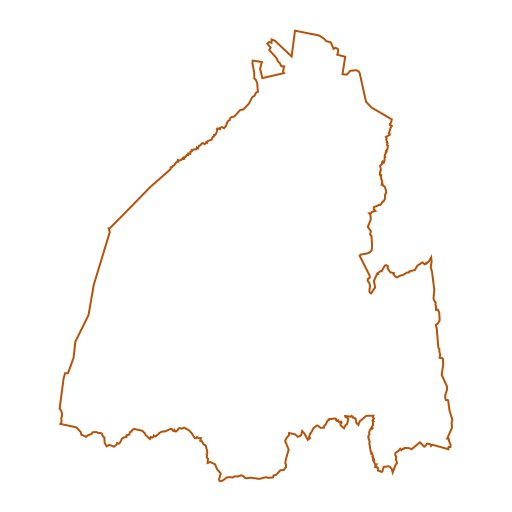 the district of Chalchihuites, Zacatecas, Mexico
{"feature_id": "50627088B3556575576263", "entity_name": "Chalchihuites", "entity_type": "district", "adm_level": 2, "iso_a3": "MEX", "parent_name": "Mexico", "parent_adm1": "Zacatecas", "projection": "equal_earth", "projection_center": [-103.86, 23.443], "detail": "fine", "context": "isolated", "style": "outline", "palette": "amber", "viewbox_px": 512, "rotation_deg": 0, "n_neighbors": 0, "source": "geoboundaries", "source_scale": "gbopen_adm2", "svg_char_len": 6057}
<svg xmlns="http://www.w3.org/2000/svg" viewBox="0 0 512 512"><path d="M60.4,423.9L76.1,427.3L80.6,431.9L81.3,434.6L86.1,436.8L87.8,435.4L91.4,434.0L92.6,432.3L96.2,432.0L97.9,432.9L100.9,433.1L101.8,433.6L103.1,436.6L104.4,437.4L104.6,442.7L106.6,446.3L109.5,444.9L114.1,446.7L116.4,444.8L117.1,443.1L118.5,443.7L119.8,443.0L122.0,438.6L124.2,437.3L126.4,437.1L126.5,435.3L129.1,434.7L130.3,431.7L131.5,431.5L132.2,430.1L134.0,428.9L142.3,430.8L145.0,433.5L145.7,435.2L149.9,439.0L150.8,437.0L152.0,437.6L153.4,437.0L153.9,435.5L155.5,436.4L158.8,433.9L159.4,432.8L162.8,431.4L164.8,431.5L170.6,428.9L171.8,429.0L173.0,430.8L173.8,431.0L174.5,430.0L175.4,431.5L176.3,431.4L179.4,428.0L181.7,428.7L184.1,427.6L189.1,430.4L191.7,433.2L194.8,438.2L195.8,438.3L197.1,437.0L198.5,438.1L201.0,438.2L200.2,440.8L202.1,441.4L203.2,444.0L205.6,445.5L206.4,448.0L207.4,452.6L206.6,454.2L207.1,455.5L206.7,457.0L208.0,458.9L207.6,463.0L210.3,462.0L215.0,464.3L217.1,469.3L220.7,473.4L219.0,479.5L219.3,480.5L220.5,481.3L223.1,480.3L226.5,477.6L229.2,477.1L232.9,477.5L234.5,476.3L237.7,476.5L241.2,475.3L243.8,476.5L245.3,478.1L246.9,478.3L250.8,477.7L259.4,478.9L265.8,477.2L268.3,477.9L273.0,477.4L273.6,475.4L276.4,474.7L280.3,470.3L283.7,470.0L286.0,467.1L286.0,464.9L285.3,463.1L285.7,460.0L288.7,449.6L285.1,441.0L286.7,437.6L288.8,435.5L289.1,433.0L295.2,434.4L297.7,436.7L300.3,436.0L301.1,435.1L302.2,431.0L304.6,433.9L307.8,439.8L310.0,438.1L309.1,437.3L310.0,433.7L311.1,432.8L313.5,428.1L317.0,425.5L318.0,425.7L320.4,427.8L323.9,427.7L324.4,425.5L325.4,425.0L327.7,420.5L329.0,420.0L328.9,419.2L334.9,418.5L336.1,419.1L336.3,420.7L337.4,420.9L338.1,420.3L339.0,422.0L341.1,421.6L341.6,422.8L340.4,423.8L340.6,425.2L344.0,428.3L345.7,425.0L347.2,423.8L348.2,419.4L347.5,417.9L345.4,416.9L345.2,416.0L350.9,416.7L351.5,415.9L352.8,416.7L353.1,417.7L355.5,418.4L356.3,422.8L358.4,425.0L359.5,421.6L366.3,415.8L373.4,415.7L372.8,417.3L374.0,418.6L372.5,420.3L373.6,421.5L372.9,422.0L373.0,425.2L372.2,426.3L372.6,428.5L371.5,429.0L371.2,428.2L369.8,430.1L369.1,432.8L369.5,434.1L368.3,436.2L368.7,437.1L368.3,437.7L369.7,441.6L369.3,443.1L370.9,452.5L371.6,452.6L371.4,453.8L372.1,453.9L372.8,455.5L372.3,456.7L373.3,457.4L372.9,458.8L373.7,458.9L374.2,460.1L373.3,460.6L375.3,464.4L376.4,464.4L375.3,465.9L376.2,466.6L375.6,467.1L377.8,467.7L378.0,470.6L379.8,470.9L381.1,471.9L382.3,471.6L383.7,466.9L388.3,466.3L389.7,466.6L391.8,469.2L392.7,472.5L395.6,464.8L397.0,463.1L395.9,459.0L396.3,457.0L395.1,454.7L395.6,452.7L398.3,451.1L400.2,448.8L401.3,450.2L403.1,448.6L403.8,449.0L404.6,447.9L409.4,448.2L411.5,449.3L419.9,442.3L424.2,446.6L424.9,446.6L427.1,443.7L427.8,443.7L430.2,444.3L431.0,446.0L432.2,444.7L448.4,449.2L448.3,447.6L448.8,447.0L450.4,447.0L450.6,444.7L448.9,440.7L448.7,438.6L447.2,438.6L452.0,427.6L451.6,422.6L452.4,419.9L449.5,410.6L448.2,400.6L447.9,400.1L445.9,400.0L445.5,399.0L445.1,395.7L447.1,389.3L446.9,386.2L441.7,374.9L443.2,364.3L443.0,359.0L442.2,358.1L439.8,357.9L439.5,357.2L440.3,355.1L439.3,351.4L439.4,349.3L438.3,347.4L436.8,329.0L435.8,324.9L437.7,323.6L439.7,320.3L439.2,312.5L437.8,309.6L436.1,309.9L436.0,306.1L435.4,304.7L435.7,302.4L434.7,301.5L433.5,298.7L434.3,289.9L432.1,272.3L430.7,267.2L431.6,261.6L431.2,257.4L429.1,261.2L426.6,263.3L426.2,262.9L425.6,264.0L424.8,264.4L422.5,262.4L417.3,265.7L415.0,269.9L409.3,271.4L409.2,272.3L406.5,272.7L402.8,275.2L401.0,275.3L397.1,277.3L395.3,276.6L393.4,274.1L393.8,273.1L390.3,272.3L387.6,268.3L387.9,266.1L385.9,265.1L384.7,265.8L381.6,271.2L380.8,271.0L377.7,273.1L378.1,274.0L376.9,274.2L373.9,281.1L375.2,287.3L371.1,293.4L369.9,292.7L369.3,290.8L370.1,286.1L369.2,282.7L367.9,281.3L367.7,280.0L368.0,278.8L369.9,277.5L369.5,275.3L359.7,255.8L360.6,254.6L367.8,253.3L370.7,251.5L371.8,250.0L372.1,246.3L371.5,235.8L370.1,234.4L370.9,231.1L367.8,226.9L370.8,219.4L370.4,214.8L369.2,213.3L370.9,213.2L371.7,212.0L375.4,211.0L373.7,209.2L373.9,207.1L379.4,204.9L380.4,205.0L382.6,201.6L383.4,201.6L385.1,198.6L385.0,194.8L386.2,192.9L386.1,190.6L384.5,186.3L383.1,185.8L382.6,184.1L381.7,184.5L382.1,180.9L381.0,178.2L381.2,175.2L380.2,175.3L379.9,174.7L380.1,171.4L381.0,170.0L380.1,165.7L381.9,164.1L382.1,162.5L382.7,162.8L382.9,161.6L383.9,162.4L384.5,160.6L384.6,157.9L385.3,156.9L384.7,156.3L384.6,155.2L386.4,152.1L386.0,152.0L386.5,151.0L386.1,150.7L387.4,149.0L387.9,145.7L387.0,145.0L387.6,143.2L386.7,142.3L387.1,141.8L386.2,139.5L386.6,138.1L385.9,137.0L389.7,134.8L389.6,133.5L388.9,133.3L390.7,127.5L391.8,125.9L389.9,125.0L389.8,124.4L391.1,122.4L391.8,119.4L371.5,107.5L366.0,101.7L359.7,73.2L358.6,71.3L356.3,70.2L350.3,70.8L346.7,74.7L342.5,74.2L345.2,56.8L337.3,54.7L338.2,51.4L337.8,49.0L335.5,47.8L333.6,48.9L330.7,42.3L326.1,41.1L324.4,38.9L319.1,35.5L295.0,30.7L291.6,56.5L275.1,40.9L271.6,39.4L271.5,42.8L269.2,42.0L267.3,43.7L270.6,47.6L269.3,50.0L276.7,58.3L278.0,61.5L279.7,63.0L281.4,66.3L284.2,66.3L283.0,71.2L284.0,73.1L262.3,78.1L260.1,68.5L261.9,62.0L252.8,60.6L252.4,63.1L254.2,72.5L254.3,78.5L255.9,79.9L257.2,83.1L257.9,91.9L256.1,92.6L254.4,96.0L252.5,96.8L248.9,103.6L243.4,109.4L240.2,110.0L234.3,116.5L231.3,117.1L229.9,118.6L229.8,120.0L227.6,121.5L225.8,126.2L224.0,128.2L222.2,127.1L220.1,127.8L219.9,129.2L217.4,128.4L216.9,129.0L217.3,129.7L216.6,132.4L215.3,134.9L214.1,134.9L213.9,136.5L212.8,136.9L211.6,139.7L207.6,141.1L207.0,142.8L206.3,142.2L204.7,144.2L202.9,143.1L201.9,143.4L200.4,145.2L198.9,145.8L198.1,148.2L196.8,147.4L196.5,149.2L193.6,149.5L192.5,150.5L191.7,150.1L191.6,151.4L190.3,152.0L190.3,153.8L188.2,153.5L188.2,155.1L186.8,155.0L185.2,157.2L184.4,157.2L184.3,158.8L183.4,159.1L182.9,158.1L181.2,159.9L179.3,160.6L178.1,160.0L178.0,161.7L176.9,161.6L173.9,165.6L172.9,165.7L172.2,167.1L170.6,167.4L170.6,169.2L150.3,187.0L122.7,215.3L109.6,228.4L108.7,228.4L109.8,232.1L93.8,284.7L88.5,315.1L75.3,341.8L73.6,357.7L68.0,373.2L65.1,373.2L63.6,378.4L59.6,408.7L60.8,410.1L61.9,412.7L62.0,415.5L61.2,418.4L61.6,420.3L61.1,422.9L60.4,423.9Z" fill="none" stroke="#b45309" stroke-width="2"/></svg>